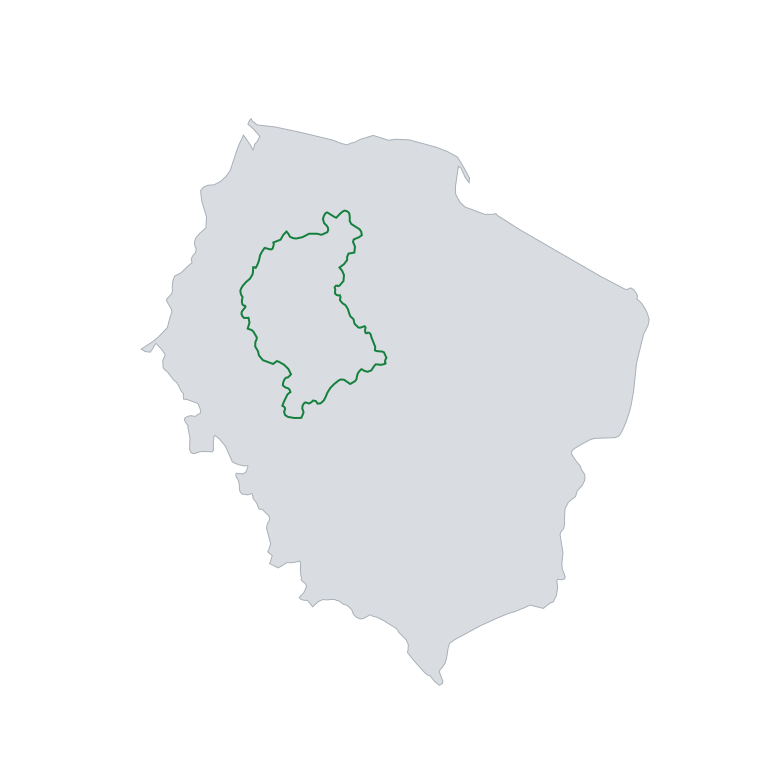 location of Greater Poland within Poland, rotated 30°
{"feature_id": "POL-3144", "entity_name": "Greater Poland", "entity_type": "Voivodeship", "adm_level": 1, "iso_a3": "POL", "parent_name": "Poland", "parent_adm1": "", "projection": "albers", "projection_center": [17.345, 52.331], "detail": "fine", "context": "in_parent", "style": "outline", "palette": "green", "viewbox_px": 768, "rotation_deg": 30, "n_neighbors": 0, "source": "natural_earth", "source_scale": "10m", "svg_char_len": 6419}
<svg xmlns="http://www.w3.org/2000/svg" viewBox="0 0 768 768"><g transform="rotate(30 384 384)"><path d="M607.3,409.7L610.5,415.1L611.9,419.5L611.1,423.0L611.8,426.5L623.3,440.6L628.1,451.2L631.0,455.2L637.2,460.2L637.9,462.4L635.8,464.7L632.6,465.9L631.8,467.9L635.8,472.7L639.1,481.1L639.5,488.2L637.7,490.2L635.6,494.6L634.3,498.6L620.9,502.5L618.0,506.9L611.2,515.5L606.5,520.5L599.6,529.4L588.7,544.6L573.1,569.9L570.5,575.6L571.4,580.1L575.4,590.5L576.4,595.2L576.2,599.7L575.4,603.7L575.7,605.5L583.8,612.2L584.2,613.7L583.7,615.7L582.2,617.3L576.3,616.2L569.5,613.6L567.3,614.2L563.8,613.7L548.8,608.8L538.7,604.9L537.6,601.9L535.5,597.7L531.1,594.4L521.4,591.8L517.4,589.6L501.9,589.1L495.2,589.4L490.5,590.7L487.4,590.7L483.6,597.3L480.8,599.4L476.6,599.8L472.8,598.8L468.9,595.6L462.8,594.1L458.5,595.1L455.2,594.5L452.4,594.5L451.5,595.2L449.3,595.2L446.1,596.9L442.7,599.4L438.8,601.3L436.0,605.1L433.6,612.6L425.9,609.6L423.4,611.1L419.8,612.1L417.3,611.2L417.8,608.7L418.8,605.8L418.7,601.8L417.8,597.5L415.4,596.1L411.9,595.7L410.0,594.9L409.8,593.4L407.9,591.6L404.7,587.0L401.6,581.2L399.5,579.5L396.6,582.4L392.2,585.7L389.5,586.9L384.3,596.2L374.7,596.7L374.0,592.4L372.9,588.4L367.2,587.5L367.0,585.0L365.7,579.0L354.2,567.4L352.7,562.5L353.1,560.6L352.3,557.5L349.8,555.6L340.9,553.5L338.6,554.8L336.6,553.5L333.3,550.8L327.7,548.5L327.0,547.3L325.0,545.3L323.9,545.1L323.2,546.3L321.6,548.1L315.8,550.3L313.5,549.4L311.4,547.5L309.0,543.4L305.5,539.8L302.7,538.6L301.1,536.7L300.7,535.2L307.0,532.2L308.4,529.1L307.5,523.6L306.6,522.9L304.1,524.8L298.8,526.5L294.0,527.2L291.5,527.2L277.7,517.1L268.8,513.9L263.5,513.0L262.9,514.0L265.3,519.7L269.4,526.8L269.2,528.6L261.4,532.7L258.0,535.1L255.2,538.5L252.7,540.0L250.6,539.6L248.4,537.9L242.8,527.5L235.7,519.5L234.9,517.7L232.6,517.2L229.5,515.3L228.5,512.9L230.1,510.4L232.3,508.1L236.2,506.7L237.4,505.4L238.1,503.4L239.6,500.8L239.2,499.8L236.5,496.8L232.5,493.9L221.2,495.9L218.1,497.3L216.4,495.3L215.1,492.4L212.3,491.8L208.5,489.1L203.9,486.5L199.4,485.6L190.2,481.7L186.6,481.4L184.5,480.1L182.5,477.2L180.7,474.1L179.9,467.9L173.2,464.9L166.4,462.9L165.9,463.8L166.0,470.1L165.5,473.4L160.9,475.3L156.4,475.3L156.7,474.3L162.4,463.2L165.1,456.2L168.2,443.4L165.3,433.1L164.5,428.3L163.1,425.9L154.0,420.6L153.4,418.9L155.0,412.2L154.4,409.3L152.3,406.2L149.6,400.2L148.7,395.1L152.6,389.3L155.5,379.0L157.1,374.9L154.7,372.5L154.2,369.2L155.1,364.5L153.9,361.0L150.8,358.6L148.8,355.5L148.0,351.7L149.0,345.9L151.7,338.0L146.9,328.2L134.4,316.4L128.5,308.3L129.2,303.8L132.1,299.9L137.2,296.5L141.2,290.2L143.6,282.6L144.0,275.7L139.3,253.0L138.6,247.4L137.9,238.7L148.9,243.9L153.4,246.8L153.0,243.8L152.1,241.2L152.9,237.4L152.8,231.7L142.9,228.3L136.3,227.1L135.7,223.1L136.4,220.6L138.2,222.1L144.7,223.0L161.0,215.9L188.9,206.9L218.5,198.2L225.4,197.3L232.3,195.5L234.9,192.0L237.4,189.7L241.5,183.6L250.4,174.1L266.0,170.7L271.8,166.2L283.9,159.9L311.4,152.7L322.9,151.0L334.1,150.7L344.2,156.2L355.0,162.9L357.0,167.1L351.2,164.6L342.7,158.5L339.6,158.3L347.1,177.2L351.1,183.8L359.2,188.7L365.9,190.2L386.5,186.7L393.7,182.5L395.7,180.4L397.6,181.3L424.7,182.5L518.6,182.5L545.5,181.4L547.1,180.8L549.6,177.4L553.0,177.5L557.1,179.2L559.1,180.5L560.0,182.2L560.6,184.0L562.8,184.3L566.9,185.4L572.5,188.3L577.0,191.3L581.4,195.6L583.2,200.7L583.8,206.7L583.8,210.6L592.2,239.5L603.8,265.5L608.4,278.2L610.4,285.0L612.4,294.9L613.4,301.9L613.7,305.9L613.5,311.4L611.0,314.9L593.7,325.7L590.5,328.9L585.8,336.5L581.4,344.3L580.5,347.0L580.3,348.6L581.6,351.0L588.4,354.4L595.3,357.1L597.6,359.3L602.8,361.9L604.8,364.5L605.9,366.8L606.4,372.3L604.8,380.1L606.2,385.8L604.3,389.8L602.8,394.3L603.2,401.8L607.3,409.7Z" fill="#d9dde1" stroke="#a8b0b8" stroke-width="1"/><path d="M373.0,360.1L373.1,362.7L374.1,364.8L374.9,365.0L375.0,365.8L372.0,368.8L367.0,371.1L366.5,373.4L366.2,378.6L363.7,381.6L360.3,382.5L358.6,382.3L357.0,382.5L356.3,385.0L356.0,387.9L356.7,390.7L357.7,393.4L357.5,396.0L355.1,400.3L354.6,400.9L347.2,400.3L344.3,401.7L343.0,403.5L340.8,409.2L339.5,414.2L339.3,419.7L339.9,424.2L340.1,428.5L338.7,432.5L336.3,434.2L333.5,432.9L330.9,433.7L330.1,436.3L328.8,438.4L325.1,439.2L324.3,441.1L324.4,443.7L325.4,446.0L328.4,448.6L328.9,450.8L329.3,454.7L323.5,458.2L317.4,460.5L314.1,460.4L311.4,458.2L311.1,456.2L310.4,454.4L308.7,453.6L306.9,453.7L306.2,449.6L305.6,441.2L307.0,437.7L305.1,436.2L303.2,435.7L300.0,436.3L297.0,435.7L295.8,432.6L295.5,429.1L296.2,427.3L297.4,426.5L298.1,424.5L298.6,422.1L293.6,418.8L287.9,417.3L281.9,417.3L279.8,417.7L277.9,422.1L267.3,423.9L261.4,421.8L258.6,418.7L253.7,415.9L251.6,411.9L251.4,409.3L250.5,407.2L244.8,404.0L242.8,403.4L238.3,404.2L236.8,398.1L233.6,394.4L229.8,396.8L227.5,396.1L225.4,394.5L224.7,392.3L225.0,389.5L225.4,387.9L225.4,386.3L224.6,385.7L223.7,386.1L221.8,386.0L220.0,384.2L218.9,382.0L218.1,379.5L215.3,377.9L214.0,376.5L212.8,374.7L212.5,372.1L212.6,369.3L213.2,366.9L213.3,365.7L213.6,364.5L215.3,359.7L215.3,354.6L214.4,352.2L212.3,348.3L213.4,347.6L214.8,347.6L214.8,345.2L214.5,342.2L213.9,339.3L212.3,334.4L212.2,329.8L212.4,328.1L212.5,326.2L212.9,325.5L213.6,325.6L218.4,324.2L219.3,323.6L219.8,322.3L218.8,318.2L217.4,316.8L222.3,310.7L222.2,305.4L223.3,300.7L226.0,301.7L229.0,303.5L232.1,303.2L235.1,302.0L240.0,297.6L244.0,291.3L251.2,287.2L254.9,286.2L256.3,284.8L257.5,282.8L259.0,280.9L258.7,278.5L257.2,276.6L255.4,275.6L251.7,274.6L248.6,271.6L247.9,268.6L247.9,265.4L249.0,263.8L258.0,264.1L259.5,263.9L260.8,258.6L261.7,255.9L263.0,253.7L264.8,253.0L266.6,252.9L268.5,253.5L270.8,256.4L272.8,260.0L275.7,261.8L285.6,262.2L288.2,263.6L290.4,266.2L289.0,269.3L285.5,273.9L286.1,276.4L290.2,279.6L292.6,285.0L288.1,288.8L288.5,292.3L290.1,295.2L289.4,300.3L287.2,305.4L291.2,306.9L294.9,309.7L297.4,315.1L296.3,320.9L295.7,322.0L294.9,322.3L294.1,322.2L293.2,322.9L292.9,325.0L294.7,326.7L295.5,328.7L296.5,330.2L298.5,330.6L300.5,330.0L301.4,329.2L302.9,330.5L303.3,331.6L303.6,332.9L304.0,333.4L304.5,333.7L307.7,334.8L311.2,335.0L315.0,337.0L320.1,341.6L321.9,342.5L323.7,342.7L325.4,343.3L326.9,345.1L328.5,346.6L333.6,347.9L335.3,347.1L338.2,343.7L339.2,343.9L339.9,344.4L340.3,345.9L340.9,347.2L341.9,348.6L343.1,349.0L343.9,348.5L344.3,347.6L345.2,347.2L346.2,347.1L347.9,347.9L349.5,349.6L357.9,356.3L359.3,359.4L361.1,359.2L366.3,356.8L368.1,356.6L373.0,360.1Z" fill="none" stroke="#15803d" stroke-width="2"/></g></svg>